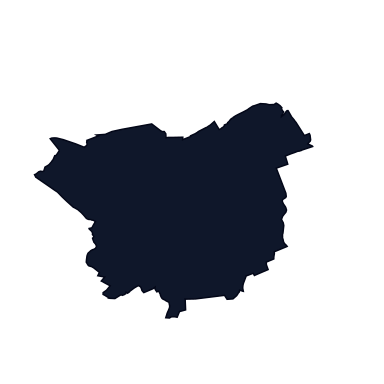 the district of Bacia, Hunedoara, Romania, rotated 152°
{"feature_id": "2599482B44278673032594", "entity_name": "Bacia", "entity_type": "district", "adm_level": 2, "iso_a3": "ROU", "parent_name": "Romania", "parent_adm1": "Hunedoara", "projection": "equal_earth", "projection_center": [23.024, 45.805], "detail": "fine", "context": "isolated", "style": "filled", "palette": "ink", "viewbox_px": 384, "rotation_deg": 152, "n_neighbors": 0, "source": "geoboundaries", "source_scale": "gbopen_adm2", "svg_char_len": 4430}
<svg xmlns="http://www.w3.org/2000/svg" viewBox="0 0 384 384"><g transform="rotate(152 192 192)"><path d="M292.2,305.6L289.6,291.5L290.0,290.7L294.7,288.1L296.1,288.5L298.6,286.5L299.3,285.8L300.3,285.5L301.9,284.6L305.3,283.3L306.8,283.1L310.1,283.0L313.0,280.1L314.3,280.2L316.0,281.5L317.8,281.8L320.2,281.3L321.3,281.1L322.9,281.2L322.9,279.7L323.0,278.5L312.4,258.0L310.8,255.1L308.9,248.5L306.9,242.5L303.9,234.2L303.2,233.4L301.0,229.9L300.8,229.4L300.4,228.2L300.1,227.6L299.8,226.7L299.4,225.7L299.1,224.5L298.7,223.1L298.3,221.4L298.1,220.3L297.7,218.8L297.7,218.3L296.4,216.5L295.3,215.8L294.4,215.2L294.0,215.0L293.7,214.3L292.5,213.5L292.2,213.0L291.1,211.3L292.0,210.9L292.5,210.4L293.6,209.8L295.7,208.4L296.4,207.9L297.3,207.4L300.0,208.1L300.1,207.1L299.7,206.5L299.2,204.8L299.0,204.1L299.1,202.2L299.6,201.7L299.9,201.1L299.6,199.9L299.5,198.9L300.4,198.2L301.5,197.9L301.9,195.8L302.1,193.9L302.2,193.7L302.0,193.2L301.8,192.1L301.6,191.3L301.7,189.5L301.6,189.1L302.3,188.5L303.1,187.9L303.7,187.6L304.7,187.5L305.8,187.5L307.0,187.8L309.1,187.7L310.2,187.3L312.2,186.9L313.3,186.2L314.7,184.9L317.0,181.7L318.3,179.7L318.1,176.2L317.8,175.3L317.0,174.5L316.7,174.1L316.0,173.7L315.6,173.1L315.1,172.3L314.5,171.4L311.5,164.5L314.5,162.3L309.0,157.9L313.9,156.0L308.3,147.6L313.6,145.4L317.7,144.9L318.6,143.3L317.4,141.6L316.8,140.5L315.9,139.0L315.2,137.9L315.6,137.6L314.3,136.6L310.1,134.1L303.4,134.6L302.8,134.5L302.1,133.5L300.1,133.2L299.0,133.3L298.6,133.3L298.2,133.3L297.3,134.5L296.4,132.9L294.1,133.2L293.8,133.5L288.0,134.4L283.4,134.6L283.0,134.0L282.4,133.3L282.2,132.9L281.9,131.8L282.0,131.0L282.1,129.9L282.4,129.1L282.3,127.7L281.8,125.8L271.8,124.9L269.3,125.3L269.9,124.5L270.1,124.0L270.2,123.3L270.2,122.6L270.1,121.6L269.9,120.7L269.9,120.3L267.8,120.3L267.9,119.6L268.0,118.8L268.0,117.9L268.0,116.6L268.3,115.8L268.4,115.0L268.5,114.1L268.5,113.3L268.4,112.1L267.8,110.8L266.9,109.8L266.0,108.1L264.8,106.4L264.1,105.5L265.0,102.6L265.0,102.3L265.6,101.2L266.3,100.3L268.8,98.2L269.9,97.4L271.4,96.1L272.1,95.3L273.2,94.3L274.2,93.3L271.0,91.3L268.9,91.5L265.9,90.0L263.9,88.4L259.2,92.3L253.0,90.9L248.3,100.7L248.1,100.5L247.5,100.2L239.2,96.0L211.8,85.5L211.4,80.8L206.0,78.4L201.3,79.5L199.7,80.3L198.5,81.1L197.6,81.3L197.2,81.6L196.1,83.0L195.2,82.0L194.5,81.4L194.2,81.2L194.0,80.8L193.3,80.2L192.5,82.9L191.9,84.1L190.6,86.0L189.4,87.3L185.2,91.0L183.4,92.6L183.2,92.4L176.1,91.5L176.1,89.0L175.9,89.0L161.2,87.8L160.5,92.7L159.4,95.2L151.2,94.5L150.4,96.0L149.3,97.5L148.2,98.9L147.5,100.6L133.8,99.3L133.5,99.3L133.8,100.9L134.4,102.6L134.6,103.9L134.5,105.3L133.9,107.2L133.6,109.0L132.6,110.8L132.7,111.0L131.9,112.1L131.0,113.0L126.7,119.3L125.9,122.0L125.9,123.1L125.9,125.1L125.9,125.7L125.8,125.8L125.4,126.2L123.4,128.0L120.8,129.2L119.0,129.9L118.6,130.1L117.0,131.7L117.0,131.8L116.5,134.3L116.5,135.2L116.7,137.0L116.9,138.5L116.8,139.8L116.8,140.3L116.5,141.8L115.4,142.8L111.9,143.1L110.9,143.8L109.7,146.8L106.4,173.5L94.4,171.6L93.9,173.9L92.8,179.7L92.7,179.9L92.4,179.9L86.7,179.3L82.9,178.7L79.3,178.3L78.3,177.8L76.2,177.4L76.2,177.6L64.1,175.5L64.1,176.0L67.2,180.2L65.4,180.9L63.9,181.3L62.8,182.3L61.1,186.7L61.0,188.5L66.3,189.1L67.5,204.9L67.7,205.3L68.0,207.9L69.0,212.6L69.0,212.9L68.8,212.9L69.0,218.8L69.8,219.2L70.8,219.0L73.0,217.9L74.4,217.1L77.7,216.5L76.8,217.9L75.6,218.1L73.5,219.8L73.9,221.2L74.0,221.6L73.8,223.7L73.1,224.2L73.7,226.8L74.9,229.3L76.0,231.0L78.8,230.7L79.2,231.1L82.8,232.8L85.3,235.0L90.2,238.0L90.5,238.0L96.9,239.0L97.4,239.2L98.2,239.3L102.7,238.9L104.3,238.6L109.2,238.6L111.9,238.7L115.2,238.8L117.7,238.8L120.2,238.6L120.2,238.3L122.2,238.3L123.1,238.2L124.1,237.9L126.2,236.9L128.0,236.5L128.4,235.7L130.4,235.8L131.9,236.0L132.7,235.1L133.6,234.7L135.7,234.6L137.2,234.2L138.7,234.4L139.2,243.8L144.5,242.5L146.5,242.4L148.6,242.1L149.5,242.3L157.5,242.4L158.5,242.3L158.5,242.1L160.6,242.1L160.7,241.9L166.9,242.3L167.0,241.6L175.7,242.6L175.2,243.4L174.4,244.7L184.7,249.9L187.5,251.4L189.5,252.1L187.8,255.7L188.1,258.4L190.2,259.5L190.5,260.2L191.0,260.9L195.6,271.0L224.4,280.2L234.3,283.0L241.5,283.6L249.6,287.2L248.5,285.5L255.6,286.3L260.3,286.9L260.1,286.3L260.9,286.3L261.7,285.3L261.9,284.3L262.2,283.2L263.7,282.4L265.3,282.3L265.9,281.8L272.1,289.1L281.1,298.7L283.9,301.2L286.0,303.1L287.6,304.1L289.2,304.9L290.7,305.5L292.2,305.6Z" fill="#0f172a" stroke="#020617" stroke-width="1.5"/></g></svg>